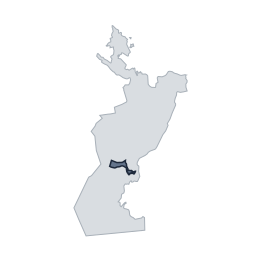 Ellikkala, Karakalpakstan, Uzbekistan shown in context, rotated 261°
{"feature_id": "79887680B22143596455299", "entity_name": "Ellikkala", "entity_type": "district", "adm_level": 2, "iso_a3": "UZB", "parent_name": "Uzbekistan", "parent_adm1": "Karakalpakstan", "projection": "orthographic", "projection_center": [61.178, 42.212], "detail": "fine", "context": "in_parent", "style": "filled", "palette": "slate", "viewbox_px": 256, "rotation_deg": 261, "n_neighbors": 0, "source": "geoboundaries", "source_scale": "gbopen_adm2", "svg_char_len": 5140}
<svg xmlns="http://www.w3.org/2000/svg" viewBox="0 0 256 256"><g transform="rotate(261 128 128)"><path d="M200.3,110.6L203.8,108.3L206.0,109.3L206.3,110.0L204.1,111.6L202.2,112.6L201.7,114.4L199.8,115.4L198.0,118.0L195.0,120.8L195.0,121.4L195.3,121.7L196.4,121.9L198.7,123.0L200.7,122.0L201.2,122.1L201.8,122.9L202.7,125.0L203.7,125.5L206.8,126.3L209.0,126.0L210.2,126.4L210.3,126.1L210.1,122.8L211.1,123.3L212.1,122.7L212.3,121.1L212.0,120.0L212.6,119.3L213.1,119.7L213.2,120.6L214.4,121.2L215.4,122.7L215.8,124.5L218.0,124.7L218.7,124.3L219.3,124.4L219.8,126.7L220.2,126.9L221.9,126.2L223.7,126.9L225.8,128.5L227.8,128.3L228.3,128.6L229.7,128.1L231.5,128.3L231.6,128.6L231.4,129.0L227.6,131.8L226.7,133.4L225.8,134.0L223.3,133.5L223.0,134.5L223.6,135.4L223.1,136.4L221.8,136.2L221.5,135.8L220.3,136.2L219.1,137.9L218.6,139.3L217.3,139.9L215.6,141.4L214.7,140.5L213.4,140.8L211.6,139.9L210.7,139.8L203.0,142.1L202.3,142.0L201.3,140.3L199.2,139.6L199.2,138.7L202.9,134.6L203.2,133.4L201.8,132.9L201.9,131.9L199.0,129.3L198.5,129.1L198.2,129.3L197.4,131.6L190.8,136.1L189.8,135.8L188.1,134.5L187.0,134.2L185.9,135.5L186.1,136.9L184.9,138.1L186.4,141.8L186.3,142.3L185.4,142.5L186.2,143.9L185.7,144.1L182.3,143.9L178.4,145.1L178.6,145.7L182.1,145.3L182.6,145.5L182.7,146.0L182.5,146.3L180.7,146.8L180.6,147.4L181.7,149.0L181.3,149.4L180.6,149.2L180.2,150.3L179.0,150.4L178.6,153.7L177.7,154.9L176.4,155.6L168.0,154.8L165.9,156.0L164.5,157.6L163.8,161.2L163.9,161.6L167.6,162.7L168.4,164.8L172.7,164.7L173.5,165.0L173.9,165.5L174.1,166.1L173.2,169.7L173.9,172.8L174.7,174.2L177.5,176.7L177.5,178.2L177.0,179.6L176.4,180.9L175.6,181.4L174.6,183.0L173.8,184.9L172.1,187.5L171.6,188.8L171.7,192.7L171.2,193.9L171.1,193.5L170.4,193.1L168.5,193.1L168.1,192.7L165.6,193.8L164.0,193.5L162.3,192.0L159.2,191.6L155.3,192.2L155.0,188.2L155.0,185.2L156.1,182.8L156.1,182.4L155.4,181.6L153.0,181.1L150.2,179.4L147.6,178.3L146.1,178.0L144.5,178.8L143.1,178.6L136.1,174.1L130.3,170.9L126.2,167.5L124.4,168.0L119.3,164.8L116.0,161.4L105.3,153.9L103.2,152.1L102.7,151.1L101.8,146.4L100.8,144.2L99.5,143.0L98.3,140.8L96.5,135.2L95.9,134.2L92.8,131.9L91.0,131.3L89.6,131.7L88.9,132.6L87.9,132.7L83.4,131.7L78.4,132.1L74.0,129.2L73.7,128.8L73.8,128.0L74.6,126.1L74.5,125.3L73.9,124.4L73.9,123.4L74.3,122.9L75.1,123.1L75.4,122.8L75.3,122.3L74.3,121.1L72.3,120.0L72.7,119.3L72.8,117.4L73.2,116.5L72.9,116.2L71.4,114.8L66.6,114.6L65.4,114.2L64.5,113.7L63.7,111.6L63.2,111.2L59.9,110.3L56.6,106.7L55.9,108.2L55.2,108.5L52.6,108.0L51.3,108.9L54.4,112.6L55.0,113.7L55.0,114.3L54.0,114.4L53.3,112.7L52.8,112.2L49.8,111.1L48.8,112.2L48.4,113.5L47.1,115.8L45.5,116.2L41.9,116.1L40.8,116.6L40.0,117.2L38.6,119.2L36.7,120.7L37.0,127.3L38.2,128.9L36.9,130.3L24.4,128.6L28.0,69.7L45.3,65.1L57.6,62.1L85.2,81.2L85.8,81.9L86.2,83.5L86.9,84.8L96.6,95.6L110.7,93.2L125.1,94.0L130.4,91.1L134.9,95.7L137.6,97.3L141.6,104.1L144.9,102.1L144.8,110.4L144.6,113.0L144.8,117.9L150.6,117.8L152.3,125.7L154.0,130.7L155.3,131.2L166.3,129.7L167.2,130.0L168.7,129.3L169.8,130.9L171.0,131.9L170.5,135.4L172.0,136.7L175.2,138.1L177.1,137.9L177.4,137.3L177.2,136.5L176.7,135.6L176.7,134.6L176.9,133.8L178.5,131.0L181.3,128.1L181.9,127.1L182.0,125.4L183.0,124.4L185.4,123.1L185.7,122.3L188.7,119.9L192.0,118.2L193.5,117.0L194.9,114.8L196.9,112.4L197.7,112.3L198.4,112.9L198.9,112.9L200.3,110.6ZM201.7,130.4L201.2,129.4L200.6,129.1L200.3,129.3L201.3,130.5L201.7,130.4ZM210.2,146.3L207.8,146.5L208.1,144.9L207.1,144.3L206.9,143.5L207.0,142.8L207.5,142.4L208.3,143.5L210.2,143.8L209.7,144.9L210.3,146.0L210.2,146.3ZM217.1,143.8L216.8,145.2L215.7,144.7L215.8,144.4L217.1,143.8Z" fill="#d9dde1" stroke="#a8b0b8" stroke-width="1"/><path d="M91.2,112.3L91.1,112.6L91.1,113.0L91.1,113.9L91.2,114.2L91.3,114.6L91.6,115.4L91.5,116.1L91.5,116.6L91.3,117.1L91.0,117.5L90.7,118.2L90.4,118.3L89.7,119.2L89.3,119.8L89.0,120.1L88.0,120.0L84.9,120.0L84.7,120.5L84.3,120.9L83.7,120.5L83.4,120.7L82.6,121.4L82.5,121.1L82.3,121.1L82.1,121.3L81.8,121.4L81.7,121.7L81.9,122.0L81.9,122.3L82.2,122.5L82.5,122.6L82.7,122.8L82.8,122.7L82.9,122.9L83.1,123.0L83.1,123.6L82.9,123.6L82.6,124.0L82.7,124.4L82.7,125.0L82.5,125.3L82.5,125.8L82.2,126.0L81.9,126.2L81.7,126.8L81.8,127.0L82.1,127.1L82.4,127.3L82.6,127.8L82.8,127.9L83.3,128.0L83.5,128.3L83.7,128.5L84.1,128.6L84.1,128.1L84.0,127.6L83.9,127.4L83.9,126.9L83.7,126.3L83.7,126.0L83.4,125.7L83.3,125.4L83.0,125.2L83.1,124.9L83.5,125.0L83.7,125.5L83.8,125.8L84.0,126.0L84.5,125.7L84.8,125.2L85.2,125.1L85.4,124.9L85.2,124.6L85.5,124.0L85.6,123.8L85.6,123.4L85.9,122.8L86.1,122.3L86.1,121.6L86.2,121.0L86.7,120.9L86.8,121.2L87.1,121.2L87.3,121.5L87.7,121.5L88.0,121.4L88.1,121.2L88.1,120.8L87.9,120.7L88.0,120.5L88.4,120.8L88.9,121.0L88.9,120.7L89.1,120.8L89.6,120.8L90.0,120.7L90.6,120.8L91.2,120.5L91.8,120.8L92.8,120.8L93.4,120.5L93.9,120.2L94.4,120.0L95.5,120.2L96.4,120.4L94.9,117.0L95.6,111.6L98.6,106.6L93.0,103.9L92.7,104.4L92.3,104.8L92.1,105.1L91.8,105.8L91.6,106.1L91.5,106.4L91.3,106.9L91.2,107.5L90.8,108.0L90.7,108.5L90.8,109.5L90.7,109.7L91.0,110.1L91.1,110.8L91.2,111.3L91.2,111.9L91.2,112.3Z" fill="#64748b" stroke="#1e293b" stroke-width="1.5"/></g></svg>